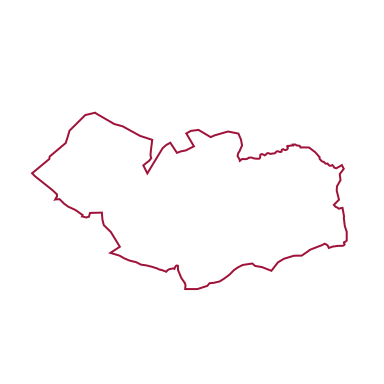 outline of Kibiya, Kano, Nigeria, rotated 79°
{"feature_id": "59680162B54095353953704", "entity_name": "Kibiya", "entity_type": "district", "adm_level": 2, "iso_a3": "NGA", "parent_name": "Nigeria", "parent_adm1": "Kano", "projection": "natural_earth1", "projection_center": [8.677, 11.494], "detail": "fine", "context": "isolated", "style": "outline", "palette": "rose", "viewbox_px": 384, "rotation_deg": 79, "n_neighbors": 0, "source": "geoboundaries", "source_scale": "gbopen_adm2", "svg_char_len": 3705}
<svg xmlns="http://www.w3.org/2000/svg" viewBox="0 0 384 384"><g transform="rotate(79 192 192)"><path d="M286.0,217.2L288.3,205.1L287.1,194.9L284.9,192.2L285.3,187.9L285.1,182.0L283.0,176.6L280.2,170.8L276.8,165.9L274.9,161.7L273.3,156.1L273.7,146.4L276.6,144.2L279.1,137.6L284.5,129.1L277.5,121.1L275.1,114.6L274.0,104.1L275.4,96.4L272.8,90.5L271.7,88.0L271.3,87.6L269.4,77.2L269.2,75.6L268.1,71.5L268.8,70.6L270.4,69.0L273.0,68.4L272.4,64.1L272.6,61.9L272.7,59.0L273.0,57.5L273.5,54.6L273.5,53.8L273.3,53.1L272.8,52.3L272.2,52.2L270.7,52.6L270.3,52.3L270.2,51.7L270.1,51.0L269.2,49.4L260.5,47.7L254.6,48.5L246.2,47.9L245.1,47.4L236.3,47.3L236.3,48.8L236.4,51.1L235.3,52.0L234.9,52.5L234.5,53.0L234.1,53.7L233.6,54.1L232.6,54.7L231.7,55.2L227.6,49.2L218.3,49.7L214.1,48.6L208.7,44.0L202.6,43.5L198.2,38.6L194.2,39.8L195.4,43.1L196.2,45.8L195.6,47.2L194.8,48.0L193.8,48.2L192.3,49.1L192.7,50.1L192.6,51.3L192.5,51.8L192.0,52.3L191.0,53.0L190.4,53.2L189.9,53.5L189.9,54.8L189.5,55.6L188.3,56.5L187.6,56.8L186.8,58.5L186.4,58.8L185.7,59.3L185.1,59.6L184.0,60.3L183.2,60.4L182.1,60.1L181.4,60.6L176.5,63.4L170.6,68.7L169.3,75.1L169.0,77.0L168.5,77.0L167.9,77.1L167.2,77.6L167.0,78.3L166.7,78.9L166.5,79.3L166.4,80.1L166.2,80.5L165.7,80.9L165.3,81.4L164.9,82.0L164.9,82.9L164.8,83.4L164.7,84.0L165.6,83.9L165.5,84.8L165.4,85.3L165.2,86.3L165.2,86.9L165.4,87.8L165.3,88.2L165.0,88.8L165.0,89.3L165.1,89.7L165.7,89.9L167.0,89.5L167.6,89.7L168.5,90.8L168.7,92.3L168.5,92.8L168.2,93.3L167.8,93.8L167.4,94.2L167.5,95.2L167.6,95.7L168.0,95.9L168.9,96.3L169.4,96.4L169.6,96.6L169.6,97.2L169.4,98.2L168.9,99.1L168.5,99.7L168.3,100.4L168.4,101.2L168.9,102.1L169.4,102.6L169.8,103.5L169.7,104.9L169.6,106.4L169.6,107.8L169.2,108.3L168.9,108.9L168.5,109.5L168.4,109.8L168.3,110.3L168.4,110.8L168.6,111.4L168.9,111.7L169.3,112.1L169.5,112.6L169.9,113.6L169.0,114.7L168.8,115.1L168.3,115.7L168.1,116.4L168.2,116.9L168.3,117.5L168.6,117.9L169.8,118.2L171.0,118.5L171.9,119.1L172.1,119.5L171.9,121.1L171.5,122.7L171.3,123.3L171.0,124.4L170.8,124.9L170.2,125.8L169.9,126.4L169.6,126.9L169.4,127.6L169.3,128.4L169.2,129.3L169.2,129.7L169.5,130.0L169.6,130.7L170.0,131.7L170.0,133.1L169.6,134.8L169.4,135.5L169.3,136.2L169.2,136.7L169.6,137.5L170.5,138.8L170.6,139.1L168.8,139.2L165.5,140.4L162.9,139.4L161.2,137.7L155.9,134.0L150.0,133.9L143.5,135.3L139.5,145.1L140.7,158.8L141.7,163.2L136.7,168.8L135.7,169.9L132.5,173.6L132.3,173.7L131.8,181.4L133.4,186.4L147.5,181.4L150.0,190.1L150.0,195.2L150.7,199.3L139.5,203.9L141.0,208.4L143.3,212.4L165.2,232.3L156.6,234.7L154.6,231.0L153.2,228.1L150.9,225.5L148.4,225.8L144.6,224.8L133.2,221.1L127.0,232.3L114.4,247.4L114.3,247.5L110.4,255.4L96.7,271.1L95.7,271.8L96.1,282.1L108.4,300.5L115.1,304.0L119.8,306.6L130.0,324.9L132.4,325.8L143.1,345.4L146.6,343.1L163.6,328.6L168.6,325.0L169.3,325.2L170.7,325.4L170.9,325.5L171.3,326.0L171.6,326.4L171.7,326.5L172.2,326.9L172.6,327.2L173.0,327.4L173.3,327.7L173.4,325.5L173.7,324.7L173.7,323.4L178.9,319.9L182.8,316.3L187.3,310.0L193.7,303.8L195.0,304.6L195.1,304.1L196.0,302.5L196.5,301.4L196.8,300.6L196.7,299.5L196.6,297.9L193.1,296.1L194.9,285.2L195.0,284.4L202.0,285.2L207.7,284.9L215.8,279.3L232.0,273.3L236.2,283.7L240.7,275.2L244.1,271.3L247.2,266.7L248.3,264.5L250.1,260.4L253.6,255.9L255.3,250.9L257.8,245.5L260.4,240.8L261.8,239.0L262.8,236.6L264.5,233.9L265.4,232.5L264.1,230.9L263.4,228.7L263.4,226.5L263.5,224.8L264.1,223.9L263.0,223.3L261.6,222.0L261.2,221.2L261.7,219.9L265.9,220.6L274.4,218.9L278.4,217.1L279.0,216.9L279.2,216.7L279.4,216.6L279.5,216.6L279.8,216.4L280.1,216.4L280.3,216.4L280.8,216.3L281.5,216.2L282.2,216.2L283.9,216.6L284.3,216.8L286.0,217.2Z" fill="none" stroke="#9f1239" stroke-width="2"/></g></svg>